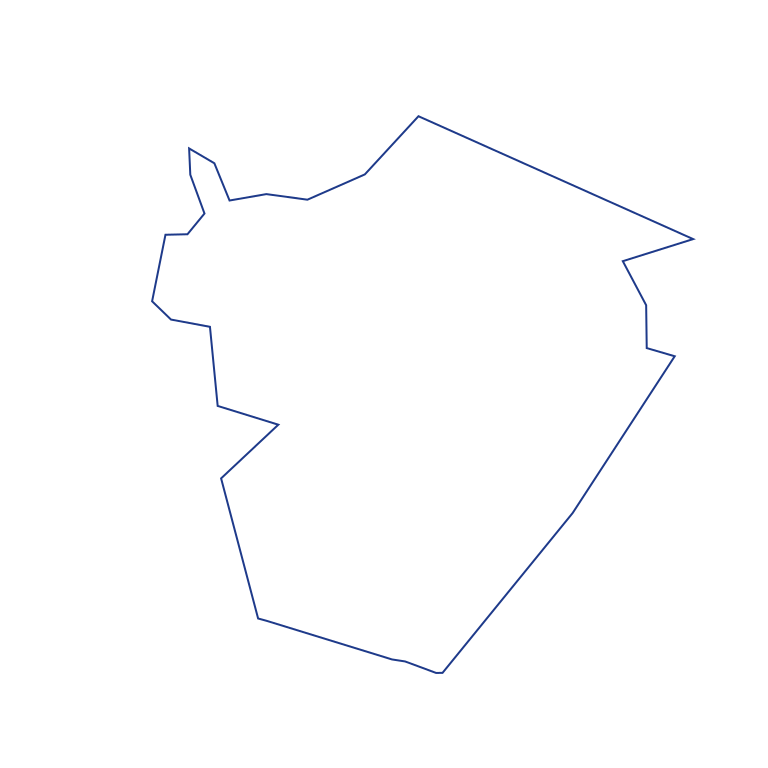 Cumberland, Kentucky, United States of America, rotated 20°
{"feature_id": "52423323B62229431187562", "entity_name": "Cumberland", "entity_type": "district", "adm_level": 2, "iso_a3": "USA", "parent_name": "United States of America", "parent_adm1": "Kentucky", "projection": "robinson", "projection_center": [-85.438, 36.778], "detail": "fine", "context": "isolated", "style": "outline", "palette": "blue", "viewbox_px": 768, "rotation_deg": 20, "n_neighbors": 0, "source": "geoboundaries", "source_scale": "gbopen_adm2", "svg_char_len": 525}
<svg xmlns="http://www.w3.org/2000/svg" viewBox="0 0 768 768"><g transform="rotate(20 384 384)"><path d="M324.8,120.6L294.3,193.6L249.0,237.0L208.5,245.8L176.1,264.4L149.1,234.6L120.3,229.3L130.4,253.6L157.0,285.2L148.1,310.5L127.6,318.5L137.8,385.6L161.8,396.3L200.9,389.8L235.2,461.5L298.6,458.4L263.2,528.4L345.9,647.4L354.5,646.7L485.7,640.1L498.7,637.5L531.8,637.7L537.8,635.4L605.4,440.7L647.7,258.5L618.6,260.4L603.4,220.3L566.4,186.9L624.9,142.1L324.8,120.6Z" fill="none" stroke="#1e3a8a" stroke-width="2"/></g></svg>